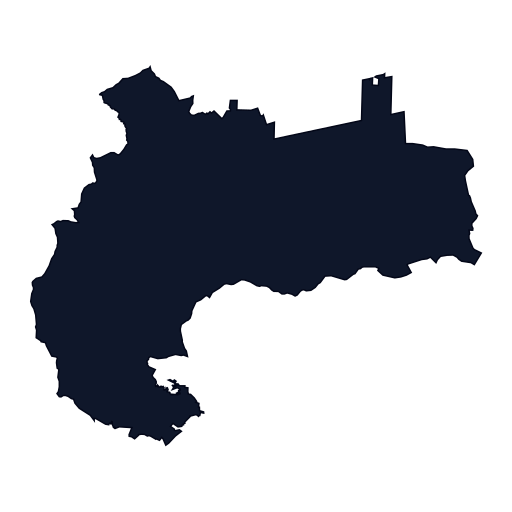 outline of Moldovenesti, Cluj, Romania
{"feature_id": "2599482B7111939977002", "entity_name": "Moldovenesti", "entity_type": "district", "adm_level": 2, "iso_a3": "ROU", "parent_name": "Romania", "parent_adm1": "Cluj", "projection": "albers", "projection_center": [23.672, 46.466], "detail": "fine", "context": "isolated", "style": "filled", "palette": "ink", "viewbox_px": 512, "rotation_deg": 0, "n_neighbors": 0, "source": "geoboundaries", "source_scale": "gbopen_adm2", "svg_char_len": 5972}
<svg xmlns="http://www.w3.org/2000/svg" viewBox="0 0 512 512"><path d="M203.7,413.1L203.6,411.9L199.5,410.7L199.4,407.2L198.5,407.2L198.9,403.4L195.8,402.3L196.6,401.4L194.2,397.9L190.6,394.4L188.4,394.1L187.8,391.6L187.9,387.8L184.8,387.4L184.9,385.8L179.5,385.8L177.5,383.3L178.3,385.3L178.0,385.6L174.8,382.3L176.0,381.2L174.4,380.0L174.0,380.3L174.9,381.7L174.4,382.1L170.0,379.6L168.5,380.1L174.4,383.0L175.9,385.2L176.1,386.1L175.8,386.7L175.1,385.5L174.9,385.9L174.3,385.1L173.8,385.3L174.3,386.1L174.0,386.7L171.9,384.9L173.2,386.4L173.5,387.7L172.4,389.5L177.2,387.7L180.1,389.0L180.3,389.6L179.8,390.5L179.7,390.1L179.2,390.7L178.5,389.8L178.8,390.5L178.0,390.7L178.9,390.8L179.0,391.5L177.9,392.5L179.3,392.5L180.1,393.2L180.0,393.8L178.1,394.1L178.4,393.5L177.5,392.7L175.9,393.5L177.5,393.5L177.0,394.4L177.2,394.7L171.3,394.2L171.9,394.7L171.0,394.7L169.8,393.5L170.0,392.9L169.6,392.3L167.1,391.8L167.1,391.2L168.1,389.8L167.4,387.9L166.6,388.4L166.1,387.9L165.8,389.5L164.6,389.9L163.7,389.7L164.1,387.8L163.1,386.4L162.2,387.0L161.4,386.3L160.6,386.4L160.4,387.2L159.6,387.3L157.6,385.2L157.7,386.6L155.9,385.6L155.8,387.2L155.4,384.5L156.2,382.8L156.2,381.6L155.3,379.6L153.1,377.5L152.1,375.4L155.3,369.6L148.8,366.8L147.2,364.3L147.6,363.3L146.9,362.4L147.2,360.6L148.5,359.4L148.7,357.6L150.4,356.5L157.8,358.6L166.3,357.7L168.4,356.4L175.5,354.4L181.2,355.5L183.4,355.0L187.5,356.5L186.3,351.0L184.5,348.4L182.2,341.8L182.3,340.3L180.4,331.3L180.3,328.8L181.3,324.5L186.2,320.9L188.1,320.1L190.1,318.1L191.6,313.6L191.8,310.8L195.9,301.9L200.7,299.8L205.8,295.6L207.5,295.8L209.5,297.5L212.3,292.5L219.4,288.1L224.2,284.1L226.6,283.6L231.1,284.5L233.5,284.2L241.3,279.7L244.5,279.9L250.4,281.9L256.9,285.7L259.6,286.3L261.2,285.6L266.7,286.1L269.4,287.5L271.9,290.1L273.8,291.3L278.5,291.4L281.9,293.9L284.5,293.9L287.1,292.9L292.0,294.2L295.1,296.0L297.2,295.0L300.2,291.3L301.9,290.1L303.9,289.7L306.2,290.8L310.9,290.3L315.2,287.4L318.1,283.8L320.2,282.6L325.0,276.1L331.2,275.7L344.6,279.7L346.6,279.4L353.3,274.2L354.9,273.7L358.3,269.0L360.5,268.6L362.0,267.2L363.8,266.8L375.5,266.8L378.9,268.4L377.9,270.5L382.9,275.1L394.8,277.8L400.8,276.9L406.4,275.1L411.2,272.5L407.0,264.8L408.1,263.9L421.7,259.5L427.0,258.8L430.4,257.1L436.0,262.7L437.3,259.8L440.5,256.3L447.2,255.2L453.1,255.0L457.1,257.2L458.9,259.3L461.6,261.2L471.0,262.6L474.3,264.6L481.3,253.0L474.3,249.6L472.9,248.1L469.0,238.7L468.9,235.5L469.6,233.6L469.0,230.1L472.7,230.2L472.9,228.3L471.8,226.0L471.8,223.3L476.1,218.6L477.5,215.7L475.8,213.8L475.2,211.0L471.2,201.7L470.4,198.0L469.5,195.8L468.5,195.2L465.4,180.8L464.6,175.4L467.9,170.7L473.4,166.2L472.7,159.4L467.1,150.5L454.6,149.0L445.9,149.0L433.6,146.8L427.5,147.2L422.7,145.1L412.5,143.6L405.5,143.6L404.0,111.7L390.8,114.6L391.8,76.6L384.5,77.8L384.7,73.7L383.3,74.6L376.3,76.0L374.9,77.0L378.9,78.6L378.4,85.5L372.3,85.1L372.6,77.9L370.4,78.4L369.6,79.3L369.5,78.7L362.6,80.1L361.5,120.5L274.0,139.1L274.4,122.2L266.5,124.7L263.3,115.0L262.8,115.8L261.0,115.9L260.2,115.1L257.6,108.2L251.0,110.3L236.8,109.9L237.1,100.4L230.4,100.4L229.4,108.0L230.5,109.3L230.4,110.9L226.9,111.0L223.2,117.4L221.9,118.7L214.0,111.0L211.5,113.1L210.0,111.8L207.9,114.0L206.9,113.1L205.3,114.4L202.4,112.5L200.5,113.3L198.4,113.4L194.2,115.4L191.4,115.1L189.5,113.2L188.7,111.5L190.7,106.6L192.8,103.5L192.7,100.3L193.3,95.9L191.5,96.6L190.4,98.0L178.9,100.7L174.3,91.6L171.1,87.2L163.3,81.6L160.4,80.4L158.8,78.2L155.4,76.6L154.4,74.0L151.1,70.7L150.1,66.8L149.2,68.2L143.0,70.4L140.4,73.0L135.4,75.6L128.1,78.4L122.9,78.7L118.8,83.3L116.2,84.7L113.0,87.7L107.3,89.4L104.6,91.7L101.7,92.7L99.7,94.3L99.8,94.7L102.4,95.3L103.2,99.3L104.2,100.8L104.0,102.2L104.3,102.7L107.9,103.8L108.2,104.8L110.1,105.6L110.3,106.8L112.1,108.8L114.3,108.9L115.2,110.2L116.7,110.6L117.6,111.7L119.2,112.5L119.0,114.7L118.0,117.1L118.7,117.3L119.4,119.4L120.1,119.2L121.0,120.1L121.1,121.4L123.7,122.0L124.0,122.6L123.7,123.7L125.3,124.3L124.9,125.4L125.2,126.6L126.7,128.6L126.1,129.6L126.3,131.6L127.0,133.3L126.3,135.3L127.0,138.8L126.7,140.1L127.8,141.3L128.1,143.9L126.6,144.9L123.9,149.4L120.5,153.6L118.8,154.9L117.4,154.7L114.1,152.7L110.8,152.7L100.4,157.8L96.6,158.5L93.8,157.7L92.5,155.0L90.4,157.8L92.5,162.3L92.7,165.2L94.3,167.7L94.5,172.1L97.1,180.3L95.9,182.6L94.8,183.4L92.7,183.0L91.4,184.2L89.0,184.6L84.4,188.1L81.7,194.0L81.1,201.9L79.3,204.3L78.1,207.9L72.2,208.8L74.4,210.7L74.7,214.5L74.3,216.1L74.8,217.6L77.2,219.8L78.7,222.5L75.7,222.7L70.7,221.9L68.4,220.8L63.0,220.6L60.7,221.6L58.0,221.0L56.6,221.6L53.9,223.8L52.1,224.6L55.1,228.3L55.9,233.6L57.5,237.2L57.9,243.3L57.2,245.2L57.2,247.2L55.1,251.5L54.6,254.4L51.7,258.7L49.2,265.8L44.8,273.7L41.9,277.0L36.3,278.4L32.9,281.4L32.3,282.5L32.5,285.1L33.5,287.5L33.5,289.5L31.8,293.6L30.7,301.5L32.0,305.6L33.9,308.7L35.7,314.9L36.5,324.5L35.6,326.9L36.6,330.1L36.2,337.7L40.8,340.7L41.1,341.7L45.5,342.7L46.4,345.7L51.8,356.1L56.6,357.0L57.4,358.3L56.7,360.6L56.5,362.8L57.2,368.2L58.5,369.0L58.8,369.9L57.9,377.3L59.3,381.3L59.3,386.9L58.4,391.6L57.0,393.6L59.3,396.7L61.0,396.9L63.2,395.5L65.3,395.4L68.1,396.3L71.4,398.6L73.6,399.2L75.0,403.2L79.3,408.3L90.3,415.3L94.2,420.5L94.1,418.5L95.8,418.5L105.6,424.2L108.7,424.7L108.8,423.9L109.8,423.1L110.3,423.8L111.1,423.7L111.4,422.4L111.7,423.1L112.2,421.1L112.4,424.5L113.1,426.4L114.5,427.3L113.8,427.6L115.0,428.5L119.3,426.8L131.9,427.6L129.1,434.6L129.2,436.3L131.5,436.7L134.6,438.8L138.6,435.2L138.5,434.6L141.5,434.2L144.6,434.4L147.3,436.0L149.0,435.6L150.6,436.1L155.8,439.2L156.2,438.8L159.5,440.3L161.8,437.4L163.1,439.0L165.8,445.2L168.7,443.1L175.4,436.0L181.4,431.3L179.4,429.8L175.2,430.7L174.4,430.2L174.3,429.1L170.5,426.4L172.9,423.4L178.0,426.9L181.5,426.4L181.9,426.2L182.1,425.1L183.4,424.8L183.2,424.1L184.9,423.2L184.6,422.2L190.0,416.7L189.9,416.2L195.5,414.7L196.8,414.9L198.5,416.3L198.9,415.6L199.8,415.5L200.4,412.5L203.7,413.1Z" fill="#0f172a" stroke="#020617" stroke-width="1.5"/></svg>